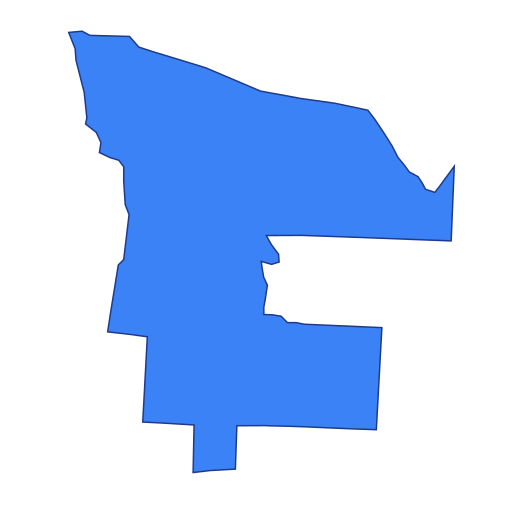 Teutônia, Rio Grande do Sul, Brazil (Robinson projection), rotated 92°
{"feature_id": "56859067B69463927018614", "entity_name": "Teutônia", "entity_type": "district", "adm_level": 2, "iso_a3": "BRA", "parent_name": "Brazil", "parent_adm1": "Rio Grande do Sul", "projection": "robinson", "projection_center": [-51.779, -29.465], "detail": "fine", "context": "isolated", "style": "filled", "palette": "blue", "viewbox_px": 512, "rotation_deg": 92, "n_neighbors": 0, "source": "geoboundaries", "source_scale": "gbopen_adm2", "svg_char_len": 1145}
<svg xmlns="http://www.w3.org/2000/svg" viewBox="0 0 512 512"><g transform="rotate(92 256 256)"><path d="M425.4,129.7L323.2,127.7L322.5,205.5L321.2,213.3L321.5,222.3L315.3,228.8L314.2,237.6L314.2,246.1L306.8,246.4L299.5,245.3L284.8,243.6L276.9,247.6L268.1,249.4L261.2,250.6L263.8,240.1L261.2,232.7L253.5,233.5L244.4,240.8L235.2,246.4L233.8,211.5L233.8,202.7L233.8,170.1L234.1,61.5L206.7,61.3L159.4,61.0L180.1,75.1L186.2,79.5L183.4,88.9L177.3,92.4L171.1,96.8L166.7,105.7L159.7,111.2L152.6,117.5L141.3,123.8L128.1,132.8L115.3,142.0L106.4,149.3L100.6,182.4L97.0,216.8L91.0,257.4L69.7,312.8L64.3,332.8L55.1,367.3L51.3,380.4L41.0,390.1L41.3,429.7L37.4,437.7L39.1,451.0L55.1,444.0L66.8,442.7L98.5,433.4L123.7,429.9L130.1,430.9L138.1,419.9L148.1,414.9L158.1,416.1L162.7,405.4L165.1,396.5L171.4,391.3L185.8,390.8L209.2,388.5L219.1,384.3L264.2,388.1L269.8,393.3L317.2,399.3L337.0,401.6L338.5,382.0L340.5,361.8L405.8,363.0L425.9,363.4L426.2,344.2L427.0,312.0L474.6,311.3L472.0,294.3L469.7,269.2L426.3,269.2L425.2,241.6L425.2,233.0L425.0,218.2L425.0,200.0L425.2,178.4L425.4,150.8L425.4,129.7Z" fill="#3b82f6" stroke="#1e3a8a" stroke-width="1.5"/></g></svg>